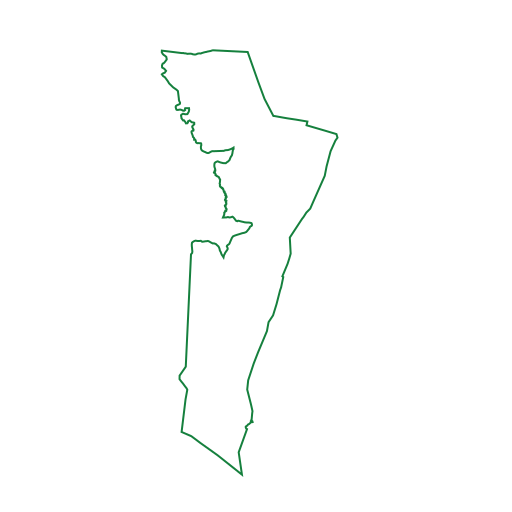 the district of San Sebastián Coatlán, Oaxaca, Mexico, rotated 173°
{"feature_id": "50627088B46272999254732", "entity_name": "San Sebastián Coatlán", "entity_type": "district", "adm_level": 2, "iso_a3": "MEX", "parent_name": "Mexico", "parent_adm1": "Oaxaca", "projection": "natural_earth1", "projection_center": [-96.86, 16.104], "detail": "fine", "context": "isolated", "style": "outline", "palette": "green", "viewbox_px": 512, "rotation_deg": 173, "n_neighbors": 0, "source": "geoboundaries", "source_scale": "gbopen_adm2", "svg_char_len": 5965}
<svg xmlns="http://www.w3.org/2000/svg" viewBox="0 0 512 512"><g transform="rotate(173 256 256)"><path d="M232.5,428.2L236.5,446.3L239.4,459.5L260.8,463.2L273.5,465.4L274.2,465.4L274.8,465.3L275.7,465.1L276.1,465.0L276.7,465.0L277.8,464.9L279.4,464.8L280.4,464.6L281.4,464.6L281.9,464.5L283.0,464.4L284.0,464.2L285.3,464.0L286.1,463.7L287.0,463.9L287.9,464.0L288.7,464.0L289.6,463.9L290.3,463.6L291.3,463.4L292.2,463.4L292.9,463.6L293.8,463.8L294.5,464.1L294.9,464.4L295.6,464.6L296.3,464.8L297.0,464.9L297.8,464.9L298.4,465.0L299.4,465.0L299.9,465.2L300.4,465.4L300.7,465.5L301.6,465.8L302.4,465.9L303.0,466.1L303.3,466.3L304.7,466.4L324.4,471.3L324.7,469.6L324.3,468.8L323.9,467.8L323.0,466.7L322.3,466.2L320.8,464.6L320.6,462.3L320.7,461.9L323.1,459.4L324.1,458.6L325.2,458.3L326.1,456.6L326.2,454.5L324.2,453.0L322.7,450.7L324.3,449.0L325.8,448.7L327.3,447.8L326.3,445.9L324.6,444.5L322.2,440.2L321.2,437.9L317.7,433.5L314.6,430.7L313.4,429.2L313.4,421.5L313.5,420.4L313.2,418.8L312.7,417.6L312.9,416.4L314.5,415.6L315.6,415.5L316.6,414.9L317.0,414.8L317.4,414.3L317.6,413.3L317.2,411.1L316.8,410.7L315.8,410.5L313.5,410.6L311.9,410.0L310.9,409.2L309.7,408.9L308.7,409.4L308.9,409.9L308.3,411.3L304.5,410.9L304.5,409.3L305.1,407.5L306.8,405.2L309.0,405.3L311.1,406.1L312.7,405.4L313.2,404.9L313.3,404.3L313.1,402.3L313.2,401.9L312.7,400.9L311.8,399.4L311.0,399.5L309.7,397.4L309.4,396.2L308.0,396.1L307.3,396.8L307.0,398.0L305.3,398.6L303.5,396.6L301.5,396.0L301.1,395.8L301.2,394.3L303.5,392.5L303.5,391.3L302.9,390.0L302.6,388.8L302.9,388.1L303.6,388.3L304.8,387.5L304.9,386.2L304.1,383.0L304.1,381.9L303.2,380.9L303.1,379.6L303.2,379.0L302.1,378.9L301.9,378.1L301.7,377.4L301.8,376.5L301.6,376.0L301.1,375.5L300.5,375.1L299.4,375.1L298.7,374.9L297.7,374.8L296.8,374.5L296.7,374.0L296.8,372.6L297.3,371.6L297.5,370.2L297.5,369.0L297.0,367.6L296.2,366.8L295.5,366.4L294.5,365.7L293.6,365.3L292.7,364.6L291.8,364.2L291.0,364.0L289.9,364.2L288.4,364.9L286.7,365.4L285.7,365.2L275.1,364.3L274.1,364.6L273.0,364.7L271.5,364.6L270.7,364.6L269.2,364.9L267.2,365.4L266.6,365.7L266.1,365.8L265.1,366.3L265.2,365.0L266.1,363.8L266.4,362.6L266.7,361.7L266.8,361.1L267.3,359.8L267.7,358.8L268.8,357.6L269.9,355.9L270.4,354.7L271.1,354.1L272.2,353.2L273.3,352.7L274.2,352.1L274.7,351.8L276.1,352.0L277.3,352.2L278.6,352.7L279.9,353.2L281.1,353.8L282.4,354.6L282.8,354.6L283.9,354.3L284.9,353.9L285.6,353.4L286.0,352.6L286.3,351.2L286.4,349.9L286.3,348.9L286.0,347.7L285.9,346.2L286.4,346.0L286.3,345.3L286.8,345.2L287.6,343.9L287.5,343.7L286.6,343.5L286.5,342.9L286.2,342.4L286.4,341.3L286.2,341.1L285.8,341.1L285.6,340.9L285.6,340.5L285.2,340.1L284.9,340.1L284.5,339.6L283.8,339.3L283.2,338.7L282.8,337.1L282.4,336.6L282.3,336.4L282.3,336.1L282.4,335.6L282.9,333.3L283.0,333.1L283.3,332.2L283.1,331.7L283.0,331.2L283.3,330.2L283.3,329.7L283.1,329.2L282.7,329.1L282.5,328.6L281.9,328.3L281.8,327.6L281.0,327.6L280.6,326.9L280.7,326.4L280.3,326.1L280.2,324.4L279.8,324.0L279.4,323.9L279.3,323.6L279.3,323.3L279.5,323.3L279.8,322.9L279.3,322.1L278.7,321.7L278.5,320.8L278.5,320.6L278.8,320.6L279.0,320.7L279.2,320.3L278.5,319.5L278.3,319.5L278.0,318.9L278.0,318.7L278.4,318.9L278.6,318.8L278.9,318.1L278.8,317.6L279.0,317.3L278.9,316.5L279.1,316.4L279.3,316.3L279.4,316.0L279.6,316.0L279.8,315.9L280.0,315.4L279.6,314.7L279.2,314.6L278.7,314.2L279.4,313.5L279.3,312.5L279.2,312.3L279.0,312.2L279.1,311.2L280.0,310.6L279.9,310.1L280.0,310.0L280.0,309.8L280.4,309.8L280.7,309.7L280.6,309.3L280.7,309.0L280.4,308.6L280.4,308.3L280.1,307.8L280.0,307.3L280.1,307.0L279.4,306.1L279.5,305.9L279.8,305.7L280.0,305.1L279.9,304.6L280.0,304.4L280.3,304.2L280.5,304.1L280.6,304.3L280.6,304.5L281.0,304.6L281.2,304.0L281.5,303.5L282.2,303.0L282.3,302.4L282.2,301.9L282.5,301.3L282.5,300.8L283.6,299.1L284.1,298.2L280.5,297.9L279.1,298.1L277.8,297.5L276.3,297.5L274.6,297.9L274.0,297.4L273.1,296.2L272.4,295.0L271.5,293.4L270.3,292.8L269.4,293.2L267.8,292.6L266.3,292.0L264.6,291.4L263.1,290.8L261.3,290.4L259.3,290.1L258.0,289.8L256.5,289.2L256.2,288.2L256.2,287.2L256.8,286.4L257.7,286.1L258.6,285.5L259.3,284.2L260.7,282.9L261.8,281.8L262.8,281.0L264.6,280.5L267.0,280.3L269.5,279.8L272.4,279.3L274.8,278.8L276.4,278.3L277.8,276.8L278.7,275.2L279.9,273.2L280.8,271.6L281.4,271.0L282.6,270.4L283.2,270.0L283.6,269.6L283.8,269.2L283.7,268.8L283.3,267.9L283.2,266.5L284.0,265.3L285.0,264.3L285.6,263.6L286.3,262.8L286.7,262.0L287.1,261.5L287.6,260.8L287.8,260.4L288.4,258.6L289.2,260.3L289.9,261.6L290.3,263.2L290.6,264.5L291.2,265.8L291.3,267.4L291.7,269.1L292.2,270.2L293.1,271.2L294.4,272.8L296.2,273.7L297.3,273.7L298.7,274.6L299.6,275.3L301.1,276.4L302.0,276.8L303.1,276.7L304.3,276.8L306.1,276.7L307.7,276.7L308.9,277.8L310.6,277.8L312.0,278.0L312.9,278.2L314.0,278.6L315.3,278.4L316.0,278.1L317.3,277.5L317.9,277.0L318.3,275.5L318.5,273.7L318.5,272.1L318.6,270.0L318.6,268.3L319.0,266.8L320.3,265.6L339.2,154.7L346.4,146.6L346.9,143.1L345.6,140.8L344.0,138.3L342.5,135.6L341.0,133.1L340.5,131.6L343.4,122.3L351.3,90.4L342.1,85.0L333.9,77.1L318.4,62.9L296.6,40.7L297.1,63.3L286.0,85.3L286.8,86.0L287.0,86.8L287.1,87.6L286.8,88.0L286.2,88.4L285.6,88.6L285.3,88.7L285.1,89.0L284.9,89.3L284.5,89.7L283.8,89.9L283.3,90.1L282.7,90.5L282.1,90.9L281.7,91.3L281.1,91.6L280.2,91.5L279.6,91.6L279.7,92.1L280.9,92.0L281.2,92.1L281.3,92.7L280.7,93.2L280.3,93.3L280.6,93.8L280.3,94.1L279.0,100.1L278.4,102.4L278.4,102.5L278.7,105.6L278.9,107.7L279.1,109.5L279.2,110.4L281.0,124.5L278.9,133.6L271.3,149.7L265.6,160.3L254.3,180.1L251.6,188.8L246.3,195.0L241.5,205.7L236.2,219.2L234.9,221.8L231.5,231.8L232.3,232.6L225.6,244.4L223.3,249.4L221.3,254.1L220.2,270.2L212.4,279.4L205.8,287.2L204.0,289.0L200.7,293.0L199.4,294.0L196.4,296.4L192.5,303.0L178.0,327.2L175.0,336.4L169.2,350.9L163.1,360.9L160.7,363.5L161.3,367.2L171.8,371.8L189.9,379.6L188.6,383.2L199.7,386.5L208.0,388.8L212.0,390.0L220.4,392.6L221.7,392.9L228.4,410.9L232.5,428.2Z" fill="none" stroke="#15803d" stroke-width="2"/></g></svg>